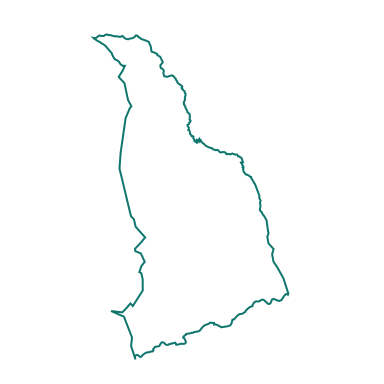 San Pablo Macuiltianguis, Oaxaca, Mexico, rotated 266°
{"feature_id": "50627088B33728265994200", "entity_name": "San Pablo Macuiltianguis", "entity_type": "district", "adm_level": 2, "iso_a3": "MEX", "parent_name": "Mexico", "parent_adm1": "Oaxaca", "projection": "robinson", "projection_center": [-96.525, 17.517], "detail": "fine", "context": "isolated", "style": "outline", "palette": "teal", "viewbox_px": 384, "rotation_deg": 266, "n_neighbors": 0, "source": "geoboundaries", "source_scale": "gbopen_adm2", "svg_char_len": 5421}
<svg xmlns="http://www.w3.org/2000/svg" viewBox="0 0 384 384"><g transform="rotate(266 192 192)"><path d="M82.8,280.5L84.0,281.0L99.5,277.2L111.4,271.6L114.1,270.0L116.9,268.4L124.3,267.6L129.4,269.4L135.4,264.7L142.2,264.0L145.2,265.4L150.8,264.9L158.6,264.4L163.1,262.2L165.1,260.8L166.9,260.3L167.3,259.7L169.3,258.4L173.5,259.4L176.2,259.0L178.7,259.8L181.4,258.6L183.0,259.0L183.4,259.0L194.9,255.6L202.2,251.9L202.9,252.0L203.1,251.2L204.0,250.2L204.7,249.5L205.0,248.6L205.3,248.5L205.5,247.5L206.4,246.3L207.4,246.0L208.0,245.2L209.0,244.9L211.1,244.5L212.2,245.0L213.1,244.3L213.6,245.0L214.8,244.3L215.3,244.1L215.7,244.3L217.9,242.8L218.1,243.1L218.1,244.9L221.7,244.0L222.8,243.6L223.5,242.2L224.4,241.3L224.4,240.4L226.3,239.6L226.3,237.7L227.6,234.8L226.8,232.8L227.4,231.7L227.5,230.5L227.1,229.7L227.7,228.7L228.8,228.4L229.6,226.8L229.7,225.3L229.4,223.5L230.1,222.2L231.9,220.9L232.2,220.5L232.1,218.4L233.3,215.7L234.2,215.2L234.8,213.3L235.8,211.1L236.6,209.9L237.3,208.7L238.6,207.9L240.0,206.1L241.7,204.9L241.7,204.3L242.4,204.3L243.1,204.4L243.5,203.8L243.3,203.5L243.5,203.1L244.4,203.0L244.1,202.7L243.0,202.4L242.1,202.8L241.8,202.6L243.2,201.8L243.8,200.4L243.4,200.1L240.8,200.6L240.7,200.3L242.0,199.2L242.3,198.1L243.5,197.8L244.3,197.8L245.5,197.0L247.0,197.4L247.8,196.6L247.6,195.6L249.0,195.0L249.8,194.2L252.2,194.0L253.9,193.5L254.2,192.7L254.9,193.1L256.6,193.3L257.2,192.8L258.1,192.2L259.4,192.3L260.1,193.9L261.4,194.1L262.0,195.0L262.8,195.5L263.6,195.5L264.2,194.7L264.7,194.6L266.9,195.1L269.8,195.1L271.9,193.0L272.9,193.0L276.7,191.3L277.9,191.3L278.7,190.8L279.6,190.2L280.7,190.1L281.7,189.9L282.6,190.5L284.6,191.4L285.9,191.5L286.8,191.4L287.5,191.8L289.7,192.5L290.4,192.4L291.1,191.8L292.9,191.7L294.5,190.1L295.1,190.0L295.6,189.2L296.6,188.8L297.5,189.7L298.4,189.4L301.7,185.3L303.3,185.0L305.1,183.8L306.1,183.7L306.8,182.9L308.4,182.1L309.6,180.6L309.7,179.4L308.6,175.3L309.5,172.3L312.9,171.7L314.5,172.4L316.0,171.9L317.0,171.0L317.8,169.5L320.5,169.2L323.4,171.9L329.1,169.7L330.4,167.8L331.1,166.9L332.1,166.9L333.7,164.2L334.9,161.4L340.2,161.0L342.8,160.0L344.8,159.3L346.0,157.1L348.4,151.7L349.7,150.6L350.2,149.3L351.4,148.9L352.2,147.1L350.7,145.6L349.6,143.4L349.4,140.8L348.8,139.0L349.3,137.1L350.4,135.3L351.9,134.2L352.5,133.2L351.8,131.5L351.8,130.2L352.6,128.3L352.4,127.4L352.9,125.7L352.8,125.2L353.3,123.8L354.2,121.6L354.3,119.7L355.1,118.2L354.8,116.5L353.8,114.9L354.0,112.3L354.6,110.6L352.1,106.4L352.6,104.4L352.0,104.9L349.4,108.2L347.6,111.2L346.8,111.7L346.6,112.2L346.1,113.0L345.7,113.6L344.0,115.7L340.6,118.2L339.1,119.3L335.9,121.8L334.7,121.9L332.3,122.9L330.6,123.8L329.5,124.7L328.8,126.2L327.5,127.8L326.6,128.5L326.1,128.7L324.5,129.6L324.4,129.6L322.5,132.0L322.7,132.8L322.6,133.8L317.9,131.3L311.9,126.9L308.6,129.5L305.4,132.2L288.2,134.6L281.7,137.5L279.8,135.7L270.2,130.9L236.4,123.6L220.4,121.3L210.5,123.0L178.2,128.4L175.6,128.8L173.8,129.2L171.7,129.6L170.7,130.7L168.7,132.2L162.8,133.1L161.2,133.4L150.0,142.1L145.7,138.1L139.2,131.1L136.9,131.4L134.3,136.7L125.6,140.0L121.8,136.4L115.7,133.9L114.6,135.7L111.9,136.2L108.4,136.7L97.2,136.0L82.4,125.0L85.1,122.8L79.6,117.3L76.8,114.0L78.9,103.0L72.4,115.4L51.1,122.0L42.6,120.5L28.9,123.9L30.6,123.6L32.0,123.5L32.6,124.0L33.1,124.8L33.3,125.5L33.2,125.9L33.1,126.4L32.8,126.8L32.4,127.3L32.2,127.5L31.6,128.0L31.4,128.3L31.1,129.6L31.2,129.9L31.9,130.5L32.5,131.1L33.1,131.8L33.8,132.9L34.2,133.6L34.7,134.6L35.1,135.7L35.1,136.7L35.2,137.6L35.1,138.3L35.3,138.7L35.7,139.4L35.7,140.5L35.7,141.3L35.8,141.9L36.2,142.1L37.1,142.6L37.4,142.6L37.6,142.4L37.8,142.3L38.2,142.4L38.4,142.7L38.8,143.2L39.3,143.6L39.8,144.0L40.3,145.2L40.2,146.8L40.6,148.6L41.0,149.0L42.0,149.5L43.3,150.5L43.7,150.9L44.1,151.3L44.2,151.6L44.1,151.9L44.0,152.5L43.8,153.1L43.5,153.5L43.1,154.0L42.3,154.5L41.8,155.0L41.5,155.6L41.2,156.3L41.2,157.0L41.3,157.9L41.5,158.3L41.9,158.7L42.0,159.4L41.8,159.9L41.9,160.3L42.2,161.0L42.5,161.3L42.5,161.7L42.3,161.9L42.5,163.0L42.6,163.4L42.7,163.9L42.9,164.4L42.9,164.6L42.8,164.8L42.5,165.0L41.8,165.3L41.6,165.4L41.3,165.4L41.0,165.4L40.8,165.5L40.7,165.8L40.7,166.0L40.7,166.8L40.9,167.9L41.0,168.8L41.2,169.2L41.2,169.6L41.2,170.0L41.3,170.4L41.4,170.8L41.3,171.7L41.2,171.9L41.1,172.3L41.1,172.9L41.1,173.4L41.2,174.0L41.3,174.3L41.5,174.6L41.7,174.9L42.2,175.2L42.6,175.4L43.6,175.3L44.7,174.9L45.5,174.4L46.3,174.3L46.8,174.0L47.0,173.7L47.4,173.0L47.7,173.1L48.0,173.2L48.4,173.5L48.8,173.9L49.1,174.3L49.5,175.1L50.1,176.0L50.6,176.0L50.8,176.7L51.0,177.8L51.0,179.5L51.1,179.9L51.3,180.5L51.5,181.6L51.6,182.1L51.4,183.2L51.9,183.7L52.1,184.2L52.2,184.7L52.3,186.9L52.5,188.1L52.8,189.3L53.1,190.0L53.7,190.5L54.7,191.5L56.4,193.0L57.9,194.9L58.5,196.3L59.4,199.6L60.2,200.5L60.4,200.9L60.4,201.3L60.3,201.7L60.1,202.2L60.1,202.5L60.1,202.9L59.8,203.9L59.8,204.8L58.2,204.8L58.4,206.0L57.2,208.8L56.2,209.7L55.8,211.1L55.0,211.8L55.5,217.4L55.7,219.0L56.3,220.8L58.0,222.2L59.5,222.7L61.9,223.5L61.9,224.7L62.2,225.3L65.2,228.3L66.8,230.7L67.0,232.7L67.1,233.9L68.9,237.0L69.9,237.3L71.2,238.9L73.4,242.0L73.8,244.3L75.2,244.6L77.4,246.2L77.9,247.0L78.5,248.5L78.1,250.3L78.2,251.3L79.5,253.5L79.7,255.2L79.3,256.1L77.3,258.0L75.1,260.1L74.9,261.4L75.6,262.5L77.5,263.5L79.2,264.4L79.7,266.0L78.0,269.4L77.2,271.4L78.0,273.7L82.1,276.8L83.4,278.4L83.6,279.6L82.8,280.5Z" fill="none" stroke="#0f766e" stroke-width="2"/></g></svg>